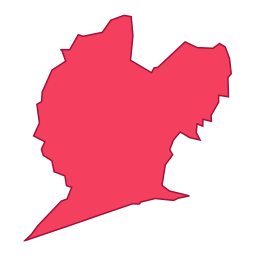 Lincoln, West Virginia, United States of America (orthographic projection)
{"feature_id": "52423323B93736628655391", "entity_name": "Lincoln", "entity_type": "district", "adm_level": 2, "iso_a3": "USA", "parent_name": "United States of America", "parent_adm1": "West Virginia", "projection": "orthographic", "projection_center": [-82.056, 38.16], "detail": "fine", "context": "isolated", "style": "filled", "palette": "rose", "viewbox_px": 256, "rotation_deg": 0, "n_neighbors": 0, "source": "geoboundaries", "source_scale": "gbopen_adm2", "svg_char_len": 928}
<svg xmlns="http://www.w3.org/2000/svg" viewBox="0 0 256 256"><path d="M24.8,240.6L25.1,240.6L72.4,224.5L98.3,215.5L132.3,203.8L139.3,204.0L141.0,202.0L155.2,198.5L173.7,200.4L178.2,198.2L189.4,195.9L169.2,190.9L162.0,185.3L165.3,164.8L172.7,154.8L169.7,149.6L173.5,139.9L180.2,132.0L189.9,137.7L200.1,140.0L196.3,132.7L197.0,123.9L202.8,126.2L202.9,119.3L211.4,121.3L211.1,115.2L218.6,102.3L218.7,95.3L228.5,96.8L227.9,77.6L231.2,73.7L229.5,58.4L225.2,47.0L219.6,43.5L212.9,48.3L197.1,47.6L185.1,41.9L157.8,67.4L154.1,67.9L151.5,72.7L130.5,60.3L132.9,35.9L131.2,16.6L124.0,15.4L110.8,20.2L102.4,32.3L83.2,36.3L78.3,34.7L69.8,49.7L60.4,49.6L61.9,50.4L65.7,61.1L51.9,70.2L42.2,92.1L41.6,101.7L36.9,104.3L39.4,123.2L33.6,135.9L44.9,141.7L41.4,149.2L43.3,155.4L51.9,160.8L54.1,171.7L64.9,175.9L66.5,185.7L71.7,187.3L67.0,199.1L61.4,201.0L38.0,225.5L31.2,234.6L24.8,240.6Z" fill="#f43f5e" stroke="#9f1239" stroke-width="1.5"/></svg>